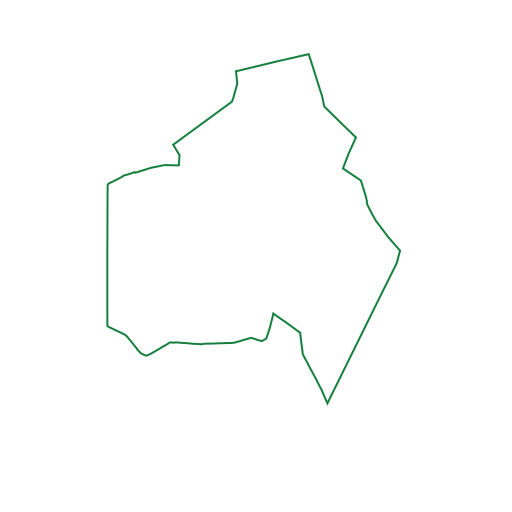 Macea, Arad, Romania (Robinson projection), rotated 234°
{"feature_id": "2599482B60932360253726", "entity_name": "Macea", "entity_type": "district", "adm_level": 2, "iso_a3": "ROU", "parent_name": "Romania", "parent_adm1": "Arad", "projection": "robinson", "projection_center": [21.316, 46.4], "detail": "fine", "context": "isolated", "style": "outline", "palette": "green", "viewbox_px": 512, "rotation_deg": 234, "n_neighbors": 0, "source": "geoboundaries", "source_scale": "gbopen_adm2", "svg_char_len": 1853}
<svg xmlns="http://www.w3.org/2000/svg" viewBox="0 0 512 512"><g transform="rotate(234 256 256)"><path d="M347.2,403.7L352.3,405.3L355.2,406.3L374.3,412.7L388.3,417.3L401.6,386.2L403.2,382.3L417.2,348.4L406.5,342.2L396.6,329.8L395.0,327.1L394.9,296.8L394.7,254.4L382.5,253.4L374.7,246.8L383.4,235.3L389.1,222.8L390.9,217.4L394.3,207.2L395.3,207.1L396.1,203.9L397.3,200.3L398.9,196.0L398.8,193.8L400.5,183.3L400.9,181.2L401.2,179.0L400.9,178.4L400.8,178.2L400.4,177.5L350.6,141.0L349.4,140.1L286.9,94.7L285.7,94.9L275.9,100.2L271.5,102.6L268.6,104.0L267.0,104.3L257.3,104.9L251.9,105.1L250.3,105.2L250.1,105.0L245.4,105.6L242.6,106.8L240.0,108.5L239.6,109.4L239.3,110.3L238.7,114.0L238.4,117.0L238.1,119.7L237.7,123.5L237.4,127.8L236.9,131.0L236.7,135.3L236.1,136.6L234.7,137.8L234.4,138.3L233.0,140.7L230.0,144.1L226.7,148.1L223.6,151.7L221.1,154.5L218.7,157.6L216.3,160.5L215.7,162.1L213.2,165.9L210.6,169.5L208.4,172.9L206.8,175.2L204.6,178.4L203.1,180.7L201.0,183.6L198.9,187.0L198.2,188.7L197.5,190.5L195.7,195.5L194.4,199.3L192.6,204.0L190.1,205.9L187.9,207.4L186.8,208.3L184.3,210.2L183.7,210.9L183.2,215.3L183.1,215.8L185.1,218.5L187.6,222.0L190.1,225.4L192.3,228.0L194.5,230.6L197.2,233.9L199.3,236.2L197.7,236.7L194.9,237.7L190.4,239.2L186.2,240.7L180.5,242.6L174.8,244.4L171.3,245.5L168.0,246.7L167.7,246.5L163.3,244.0L158.7,241.4L153.9,238.9L149.2,236.2L144.8,235.5L140.2,234.9L135.8,234.2L131.6,233.6L126.3,232.9L120.9,232.2L117.9,231.7L113.8,231.0L109.7,230.5L104.9,229.4L100.1,228.3L94.8,227.2L96.1,229.6L97.7,232.6L131.7,297.3L150.9,333.8L166.0,362.8L168.1,366.5L171.5,370.5L175.7,375.7L193.2,374.1L214.6,373.7L226.5,375.3L232.8,376.4L235.6,378.1L240.0,380.0L255.3,385.2L259.9,383.6L275.7,377.8L284.5,391.3L293.2,406.6L295.6,406.1L313.5,403.0L336.7,399.1L344.4,402.5L347.2,403.7Z" fill="none" stroke="#15803d" stroke-width="2"/></g></svg>